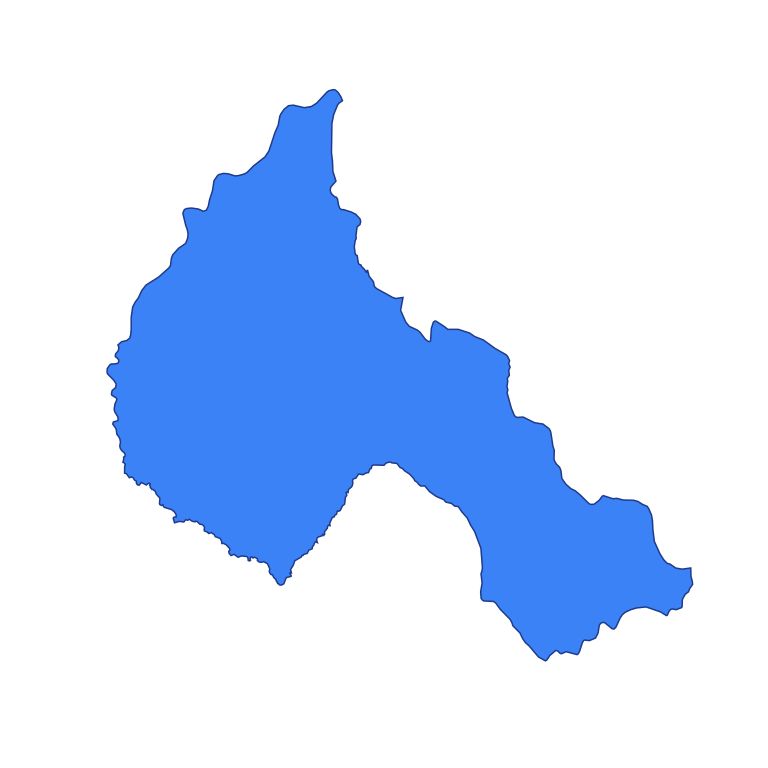 Doi Lo, Chiang Mai, Thailand (Equal Earth projection), rotated 171°
{"feature_id": "78962969B26500920183466", "entity_name": "Doi Lo", "entity_type": "district", "adm_level": 2, "iso_a3": "THA", "parent_name": "Thailand", "parent_adm1": "Chiang Mai", "projection": "equal_earth", "projection_center": [98.774, 18.527], "detail": "fine", "context": "isolated", "style": "filled", "palette": "blue", "viewbox_px": 768, "rotation_deg": 171, "n_neighbors": 0, "source": "geoboundaries", "source_scale": "gbopen_adm2", "svg_char_len": 6143}
<svg xmlns="http://www.w3.org/2000/svg" viewBox="0 0 768 768"><g transform="rotate(171 384 384)"><path d="M380.7,670.3L381.7,674.5L383.6,679.0L385.9,681.9L388.0,682.7L392.3,682.3L394.6,681.3L406.6,671.9L412.4,669.4L419.5,669.4L430.0,673.6L434.8,673.8L439.7,670.9L443.6,666.9L445.0,664.8L448.0,656.2L452.4,649.3L461.2,632.2L466.0,626.9L478.6,619.9L485.8,614.6L488.7,613.4L494.6,612.6L498.5,612.8L505.0,616.0L509.4,617.1L514.2,616.7L515.8,615.9L520.1,611.4L523.1,601.9L527.5,593.2L529.8,587.0L532.2,583.5L535.2,582.8L540.1,585.9L546.5,587.9L551.4,588.2L553.9,587.5L555.8,584.5L555.9,582.9L555.0,571.6L554.1,567.1L554.1,562.4L555.3,558.4L557.3,554.9L558.3,553.7L565.7,550.2L572.5,544.6L574.3,541.5L576.4,534.3L578.5,532.2L589.8,524.9L603.5,519.0L608.7,514.1L613.2,507.4L617.0,503.7L620.2,499.3L623.3,489.2L625.1,477.7L626.5,472.2L628.0,469.1L631.3,467.2L636.6,466.8L640.7,464.2L640.2,462.1L640.5,460.1L641.7,458.0L644.3,455.8L645.0,453.9L645.0,452.9L643.2,451.1L642.3,449.3L642.5,447.7L643.4,446.3L645.7,445.9L650.3,446.4L651.5,446.0L654.9,442.6L655.7,438.9L655.5,437.3L650.3,430.0L648.5,426.0L649.6,422.5L653.5,420.1L654.8,416.8L654.5,415.4L650.8,412.3L650.3,411.2L650.5,410.0L653.0,406.1L654.5,401.0L654.2,398.5L652.0,393.1L652.1,390.3L653.2,389.3L657.2,388.9L658.2,386.9L656.0,382.5L655.6,381.0L655.7,376.0L654.2,373.4L653.4,370.6L653.4,367.7L654.7,364.1L654.5,361.6L653.3,359.0L651.1,356.4L650.7,354.8L651.0,353.3L652.6,352.5L652.9,350.3L654.1,347.5L653.0,346.8L652.1,344.9L653.0,343.4L654.2,336.5L652.3,335.6L650.2,331.3L648.2,331.7L646.5,330.8L645.5,328.2L643.9,326.9L644.0,324.3L643.2,322.9L641.6,322.4L639.0,324.7L634.5,321.4L632.1,322.9L630.6,322.1L631.3,320.5L630.8,319.7L631.0,318.3L629.6,316.1L628.8,316.0L626.8,314.0L626.1,310.8L623.2,306.3L624.5,300.9L624.2,299.9L622.9,298.9L621.3,299.4L621.1,297.7L620.2,296.5L613.5,293.2L611.2,290.7L609.8,287.7L609.9,285.4L612.3,285.3L613.2,284.4L612.6,279.7L607.5,280.3L603.3,279.0L601.2,281.0L599.2,280.1L597.5,280.9L594.9,278.4L592.1,277.4L591.2,278.0L590.4,277.7L587.9,274.4L585.4,273.5L584.1,271.8L583.6,270.1L584.4,268.6L584.4,267.0L581.5,265.3L580.7,263.8L577.8,264.2L575.2,261.8L574.5,259.6L570.1,257.2L569.0,254.5L569.1,251.8L567.5,251.7L565.0,249.9L562.4,246.1L562.1,244.3L563.5,243.0L563.5,240.9L561.9,238.5L558.7,239.2L555.2,235.7L551.6,236.5L546.7,235.1L545.6,233.9L545.7,230.9L544.5,230.3L543.5,230.6L543.7,231.8L542.9,233.6L541.7,233.9L540.7,232.7L539.0,233.2L536.6,231.5L536.3,230.9L536.7,229.4L535.1,227.7L533.5,227.1L530.6,227.3L527.2,224.8L525.7,219.2L526.7,216.8L526.1,214.6L525.6,213.6L523.9,212.9L523.3,210.4L521.2,207.5L521.2,206.0L520.5,205.2L520.3,203.6L519.5,203.4L518.8,202.0L516.9,201.4L514.2,202.3L510.8,208.1L505.9,208.5L505.7,209.4L506.5,211.7L506.2,212.4L505.0,211.9L505.3,215.4L502.0,219.2L499.7,223.4L493.0,225.9L491.8,227.4L490.8,227.3L490.3,228.2L486.3,228.7L484.3,231.6L480.7,232.5L480.1,234.6L478.7,235.6L477.7,237.6L476.2,238.9L474.6,237.8L475.0,240.1L474.2,242.4L472.9,243.2L469.1,243.7L468.1,245.0L467.2,243.8L465.9,245.4L466.1,247.1L462.5,250.4L461.9,252.4L460.7,253.2L459.5,252.5L459.4,255.1L455.8,260.4L454.0,260.5L452.9,262.3L451.3,262.8L450.0,265.8L448.5,265.4L446.9,266.1L444.1,270.1L441.7,271.5L439.8,278.2L438.2,279.7L438.3,282.7L437.5,283.1L436.5,282.4L435.5,285.4L432.2,287.4L431.1,288.8L430.3,291.0L430.2,293.5L429.2,295.0L426.4,295.5L423.1,299.1L419.0,297.7L415.2,299.0L413.2,298.9L411.2,302.3L409.8,302.5L408.9,305.0L407.1,305.7L396.7,303.7L394.5,305.5L390.5,306.2L388.4,304.8L383.7,303.6L381.1,298.9L379.0,297.7L377.2,295.0L372.8,291.0L369.5,286.1L368.7,283.7L366.5,281.6L365.5,279.5L363.7,277.5L359.6,276.9L355.8,270.5L350.1,264.9L342.8,260.2L341.8,258.1L341.0,257.5L336.0,255.5L333.4,252.4L329.8,251.3L327.2,245.7L322.7,238.6L320.6,231.2L317.6,224.2L314.0,206.6L315.5,187.5L316.1,185.1L317.9,181.2L318.2,172.2L321.1,163.5L321.6,157.0L320.5,155.0L319.3,154.1L309.9,152.1L307.8,150.0L304.5,143.4L296.2,131.7L295.0,128.1L294.5,125.0L288.7,116.9L286.9,110.8L284.7,106.3L281.7,102.7L274.1,90.2L267.9,85.3L266.2,86.0L262.9,89.8L256.1,93.9L254.4,93.4L252.5,90.7L251.0,89.8L246.0,91.1L235.6,86.5L234.4,87.1L232.7,89.2L228.5,97.6L226.9,99.4L225.8,99.7L221.3,98.4L214.8,100.0L211.5,104.6L209.1,112.0L207.5,113.7L205.4,114.3L203.3,113.7L196.9,106.5L195.1,106.0L193.0,107.5L187.3,116.0L184.7,118.8L181.3,120.9L175.6,122.5L169.5,123.3L160.0,122.8L146.5,115.6L141.3,111.1L140.4,111.3L137.9,115.1L136.2,116.5L134.4,116.7L130.7,115.4L125.0,116.6L124.3,117.8L123.1,124.2L122.1,125.7L119.4,129.2L115.8,131.1L114.0,134.2L110.5,137.8L110.4,141.1L110.9,146.0L109.8,154.3L118.5,154.5L124.7,156.6L129.7,161.4L132.4,162.6L135.2,166.6L138.0,173.1L141.6,186.2L141.2,197.8L140.2,207.3L140.3,212.7L142.0,219.4L143.2,222.0L147.4,224.6L151.6,228.3L155.9,230.2L165.9,232.0L171.8,234.6L175.9,234.9L184.8,239.4L186.1,239.0L189.5,235.6L195.2,232.4L198.5,232.7L200.2,233.7L207.4,243.5L211.8,248.6L215.7,251.3L220.2,256.8L223.1,262.9L222.8,270.9L223.6,274.3L226.2,277.9L227.6,281.2L227.8,283.6L226.2,291.7L226.9,296.3L226.8,308.9L227.0,311.8L228.1,314.2L233.3,319.6L241.3,322.2L251.8,329.6L258.1,330.2L260.1,332.3L262.0,340.0L263.8,356.2L262.6,358.7L263.0,362.0L261.3,367.5L261.4,370.3L258.8,373.0L258.7,377.7L256.8,381.0L257.7,384.6L256.3,387.3L257.4,391.3L258.6,393.6L268.7,401.7L278.9,411.9L286.9,416.6L291.5,421.0L302.2,426.4L312.5,428.0L315.0,430.9L322.9,438.0L324.0,438.2L325.6,437.3L328.5,431.6L331.3,419.3L332.2,418.8L333.8,419.2L336.2,421.8L340.4,429.6L342.7,432.1L350.0,437.0L352.8,441.7L356.1,454.1L351.7,466.5L358.9,466.6L361.9,468.1L376.4,479.4L378.2,481.8L378.5,486.8L381.8,492.6L382.4,498.7L383.0,498.8L383.7,497.1L384.3,497.5L385.3,500.1L387.8,503.6L388.2,505.2L389.8,506.0L390.4,507.3L390.4,515.1L391.6,515.9L392.1,517.2L391.9,524.2L390.0,530.2L388.7,531.9L388.5,534.9L386.3,542.5L385.9,543.5L382.8,545.2L381.6,548.2L381.9,550.9L385.4,556.1L389.6,559.1L396.5,562.5L398.8,562.9L400.2,564.5L400.9,567.8L401.0,574.1L401.9,576.0L403.5,576.7L405.6,579.3L406.6,581.6L406.8,584.1L405.6,587.0L399.7,591.9L401.2,601.9L400.0,612.5L399.7,620.7L394.7,649.4L391.6,657.9L386.1,667.0L384.4,668.5L380.7,670.3Z" fill="#3b82f6" stroke="#1e3a8a" stroke-width="1.5"/></g></svg>